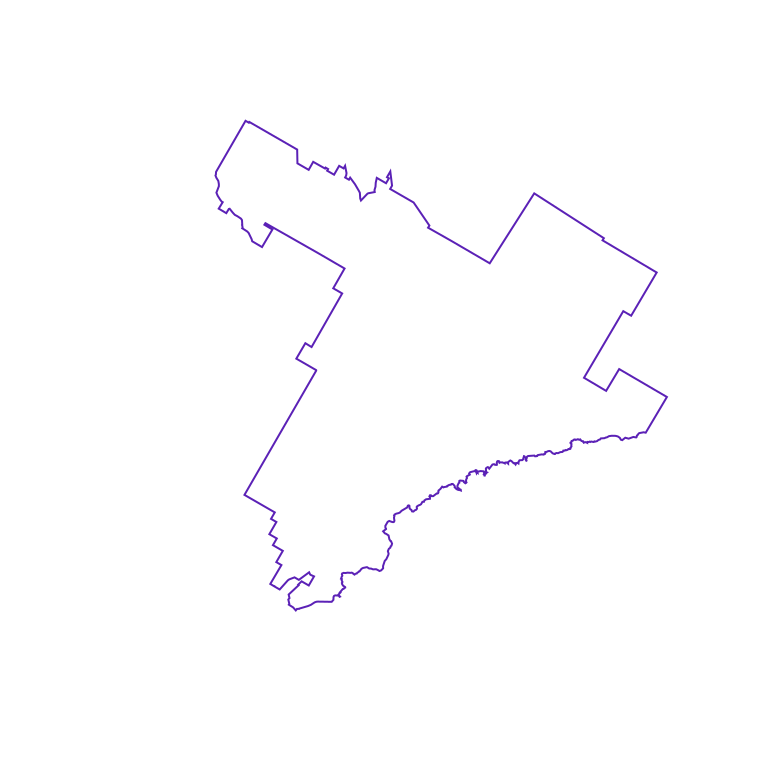 the district of Mundaring, Western Australia, Australia, rotated 300°
{"feature_id": "25037944B64529810539086", "entity_name": "Mundaring", "entity_type": "district", "adm_level": 2, "iso_a3": "AUS", "parent_name": "Australia", "parent_adm1": "Western Australia", "projection": "mercator", "projection_center": [116.171, -31.885], "detail": "fine", "context": "isolated", "style": "outline", "palette": "violet", "viewbox_px": 768, "rotation_deg": 300, "n_neighbors": 0, "source": "geoboundaries", "source_scale": "gbopen_adm2", "svg_char_len": 6166}
<svg xmlns="http://www.w3.org/2000/svg" viewBox="0 0 768 768"><g transform="rotate(300 384 384)"><path d="M472.7,635.0L514.2,635.5L514.5,580.2L489.1,579.8L489.4,554.1L566.7,554.8L566.7,563.9L616.9,564.4L617.7,501.4L620.2,501.5L624.2,418.8L541.4,415.2L541.6,371.3L541.4,344.0L543.9,344.1L556.0,318.9L556.0,291.8L559.8,291.8L571.2,283.2L564.6,283.2L564.6,285.4L558.9,285.4L558.9,274.7L554.2,276.2L550.6,278.0L547.2,278.8L545.6,280.0L541.3,275.0L540.5,274.5L531.4,272.3L532.7,270.7L537.5,267.5L538.5,266.0L542.5,259.0L545.8,251.5L543.4,251.5L543.4,247.1L545.6,247.0L547.9,246.1L553.5,241.2L550.5,241.2L550.5,236.1L540.3,236.1L540.3,228.1L542.2,228.1L542.2,225.2L541.1,225.2L541.0,211.6L531.8,211.7L531.8,198.7L543.6,191.6L543.6,136.3L542.7,136.3L542.7,132.5L483.7,132.5L481.3,133.7L480.3,133.8L478.8,135.7L477.0,139.0L474.6,141.0L472.7,142.1L465.9,143.2L463.9,145.8L461.7,150.0L460.8,152.2L460.8,153.4L453.2,153.2L453.1,162.0L458.0,162.1L458.6,162.7L456.8,167.3L455.9,170.2L456.0,173.2L455.7,177.5L454.9,179.1L450.9,181.7L450.7,181.6L448.9,183.3L448.0,183.3L447.7,189.3L447.1,191.3L443.2,197.0L441.7,198.5L441.6,209.9L462.0,210.1L462.1,200.8L464.0,200.9L464.4,261.7L464.3,292.1L441.5,292.2L441.5,302.5L379.8,302.8L380.0,295.5L362.1,295.4L362.1,318.3L361.7,318.6L218.2,318.6L218.2,353.6L210.7,353.6L210.7,359.8L196.6,359.8L196.6,368.4L188.9,368.4L188.9,379.8L175.9,379.8L175.9,385.7L154.0,385.5L153.9,390.0L154.1,390.2L153.9,390.4L153.9,396.4L165.9,398.9L167.4,399.6L171.8,403.2L171.8,408.2L183.5,413.3L182.2,415.1L182.0,415.8L182.4,419.6L171.9,419.6L171.9,411.3L167.3,410.0L167.1,410.7L154.0,406.7L151.3,409.2L149.5,408.9L146.3,411.9L145.3,411.9L145.1,417.0L143.8,420.8L145.7,421.1L146.8,422.9L147.1,422.9L153.7,429.2L156.2,431.1L160.2,433.1L161.6,434.3L162.4,435.4L169.2,447.6L171.8,448.1L174.3,446.8L175.5,446.7L176.5,447.4L177.6,449.5L178.0,451.0L177.5,451.9L177.9,452.2L178.7,449.8L181.5,450.5L181.5,450.0L185.8,450.8L186.4,451.5L187.2,451.6L188.3,452.2L188.7,451.9L188.9,449.3L189.8,447.7L190.6,447.3L190.7,447.0L191.8,447.0L192.8,445.5L194.0,445.0L193.9,444.2L194.6,444.2L195.3,443.8L197.1,443.8L198.2,442.6L199.0,442.5L200.2,443.4L201.0,445.1L202.4,446.8L203.8,449.6L204.5,450.4L204.6,451.5L204.2,452.6L204.2,453.8L205.2,454.0L206.3,455.2L207.2,455.2L208.5,456.0L209.4,456.1L209.7,456.5L212.7,456.9L214.2,457.8L216.7,460.6L216.9,461.0L216.8,463.4L217.7,465.2L218.0,467.2L219.6,469.7L219.8,471.3L219.8,473.6L221.1,474.7L223.9,475.4L225.9,474.2L231.1,473.1L233.5,473.6L238.2,473.2L239.4,472.8L241.2,470.9L243.7,470.6L245.5,471.3L246.7,470.9L247.7,471.3L249.8,470.8L251.4,468.7L251.2,468.3L252.2,466.3L255.1,463.7L255.3,461.0L255.1,459.4L256.0,456.9L259.4,458.3L259.8,458.0L260.2,457.1L261.8,456.1L266.5,456.1L268.0,457.0L268.6,460.3L269.1,461.2L269.7,461.6L270.8,461.4L273.2,459.5L275.0,459.0L275.1,458.5L276.2,458.4L277.8,459.4L279.5,461.2L280.6,462.0L283.0,462.6L288.7,465.8L290.5,465.5L291.0,465.8L291.3,466.2L291.2,466.9L289.1,468.4L288.7,469.4L288.7,470.6L287.7,472.0L288.2,473.2L288.6,473.4L289.8,473.7L291.1,474.7L292.1,474.9L292.7,474.8L293.8,473.8L294.5,473.8L296.1,474.6L297.3,475.6L298.4,476.2L301.2,476.2L302.0,477.5L303.3,477.2L305.2,478.1L307.6,481.2L309.1,480.3L309.4,479.5L310.7,479.5L311.1,480.3L310.7,481.3L311.5,482.7L315.6,484.4L315.9,485.1L316.4,485.4L317.8,485.2L318.3,484.6L319.1,484.5L321.2,485.3L324.2,485.7L324.2,487.2L324.9,487.7L326.6,489.8L327.5,490.1L327.6,489.9L329.2,490.9L330.3,492.3L331.1,492.4L331.8,493.5L331.2,495.8L330.6,496.6L329.8,496.9L329.6,498.4L329.2,499.2L329.4,500.8L328.6,501.1L329.7,501.2L330.2,503.8L330.7,503.4L330.2,502.6L330.3,502.4L330.6,502.8L330.8,502.4L331.2,499.7L331.9,498.8L332.5,498.5L335.5,498.2L336.2,498.6L337.6,497.7L338.4,498.1L339.8,501.2L339.6,501.8L339.0,502.2L338.7,504.1L339.6,504.6L340.0,504.6L340.0,504.0L342.4,502.9L344.1,502.9L345.0,501.8L345.6,501.9L348.4,503.6L349.0,502.5L350.1,502.5L350.8,502.8L354.3,506.4L355.1,506.3L355.4,506.6L355.5,507.3L355.2,507.9L353.9,507.3L353.8,508.1L353.1,508.8L353.8,508.8L353.8,509.4L354.2,509.0L355.4,509.5L356.9,511.2L358.2,514.0L357.4,514.9L357.7,515.8L356.7,515.4L355.5,515.6L355.4,516.3L354.4,517.4L356.7,516.4L357.6,517.3L358.5,517.1L358.9,517.3L358.7,515.8L359.8,515.8L361.7,514.5L362.5,514.6L363.8,515.3L364.0,515.7L363.3,517.5L368.5,518.2L369.6,519.4L369.5,520.5L370.3,522.1L371.1,521.9L371.6,521.3L373.0,520.8L373.8,520.8L374.3,521.2L374.6,522.1L374.1,522.4L373.5,523.4L374.3,523.9L375.4,525.9L375.3,526.9L374.7,527.0L375.5,527.1L375.8,527.5L375.7,528.3L376.3,528.1L377.2,529.0L377.3,530.3L377.1,531.3L378.4,530.5L380.9,531.6L381.0,532.9L380.3,535.4L380.7,536.6L380.4,536.6L380.5,537.0L380.2,537.8L380.8,537.6L380.8,538.0L381.4,537.7L381.9,538.3L382.5,539.4L382.4,540.2L382.9,540.0L382.9,539.4L385.7,539.5L387.3,541.9L388.2,542.1L391.5,541.3L391.6,541.7L391.3,542.0L391.2,543.1L390.3,544.1L389.5,544.2L388.7,545.5L388.4,546.4L389.7,544.7L390.6,544.8L392.5,544.2L393.7,544.8L397.2,550.0L396.9,550.9L397.5,551.9L398.1,552.1L398.3,552.7L399.4,552.8L401.9,555.8L402.7,557.6L403.3,557.6L404.0,558.4L404.9,558.3L405.2,557.9L405.8,557.7L406.2,558.5L407.9,559.7L408.7,560.7L409.0,562.0L408.3,564.7L408.6,566.7L408.9,567.1L409.4,567.0L410.5,567.9L411.1,569.3L413.1,570.7L414.4,572.5L415.0,572.7L416.0,572.6L416.6,573.8L417.5,574.1L417.6,574.8L418.8,575.9L419.9,576.2L420.5,577.4L421.0,577.8L421.5,577.7L421.4,577.4L421.6,577.3L423.6,577.6L424.3,577.0L425.2,576.7L425.6,576.1L426.1,576.0L426.2,574.9L426.5,574.8L427.7,575.3L428.5,575.0L429.2,575.8L430.1,576.0L431.1,576.5L431.2,577.5L431.6,577.6L431.9,578.5L433.1,579.5L433.1,580.2L433.4,580.5L433.5,581.4L434.1,581.7L433.4,583.5L433.9,585.0L433.5,585.2L433.6,585.8L433.1,586.4L433.9,587.0L434.5,587.8L434.6,589.0L434.9,588.7L435.2,588.9L435.7,589.3L435.7,589.9L437.0,591.0L436.9,591.6L437.8,592.3L438.5,594.4L439.0,594.9L439.5,594.9L439.6,595.6L441.1,597.1L442.8,597.7L443.9,598.8L445.3,599.0L447.3,602.0L448.6,602.9L449.1,603.6L451.4,605.0L453.1,607.2L454.9,610.5L455.5,612.7L455.3,615.1L454.2,617.0L454.5,618.4L458.1,619.8L459.0,623.2L462.8,626.4L463.8,629.1L464.5,629.3L465.8,628.8L467.1,629.3L467.8,629.2L469.1,629.6L472.0,633.0L472.7,635.0Z" fill="none" stroke="#5b21b6" stroke-width="2"/></g></svg>